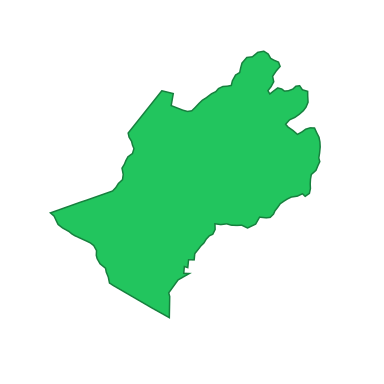 Gramado, Rio Grande do Sul, Brazil, rotated 72°
{"feature_id": "56859067B38630420748916", "entity_name": "Gramado", "entity_type": "district", "adm_level": 2, "iso_a3": "BRA", "parent_name": "Brazil", "parent_adm1": "Rio Grande do Sul", "projection": "albers", "projection_center": [-50.903, -29.392], "detail": "fine", "context": "isolated", "style": "filled", "palette": "green", "viewbox_px": 384, "rotation_deg": 72, "n_neighbors": 0, "source": "geoboundaries", "source_scale": "gbopen_adm2", "svg_char_len": 1931}
<svg xmlns="http://www.w3.org/2000/svg" viewBox="0 0 384 384"><g transform="rotate(72 192 192)"><path d="M188.8,56.2L184.0,54.9L179.2,54.3L174.2,55.1L169.0,55.7L167.5,59.8L167.4,64.5L168.8,68.7L169.8,73.9L164.5,77.1L159.9,80.6L156.5,82.0L153.5,76.9L152.8,71.0L151.2,65.9L149.1,61.0L146.6,57.4L142.5,53.9L136.5,52.3L132.0,50.9L128.9,55.4L124.2,56.8L123.5,60.5L125.3,64.3L125.5,69.1L124.6,72.9L121.8,74.8L119.5,78.3L121.1,83.0L122.8,87.7L119.1,88.5L116.3,84.3L112.4,80.2L106.9,79.6L102.9,74.5L99.8,69.4L95.2,69.6L91.9,73.4L89.2,75.9L84.3,76.9L80.3,80.2L79.5,86.3L82.1,92.8L81.0,98.3L84.8,104.6L89.1,107.4L93.1,109.7L94.2,114.4L98.7,119.2L102.8,121.7L102.3,125.7L101.2,130.0L101.8,134.8L103.9,138.3L104.6,143.1L106.8,149.3L107.9,153.8L109.9,157.9L112.8,163.2L114.7,167.1L114.0,171.4L111.3,175.5L103.4,185.1L92.6,179.4L86.4,189.4L116.2,234.5L120.4,234.9L125.2,233.8L129.0,234.1L132.8,233.8L137.0,236.7L138.7,242.0L141.7,245.2L144.7,247.7L147.7,251.2L154.1,252.0L158.8,254.3L161.1,259.3L164.2,263.0L166.5,267.2L167.2,295.1L167.2,301.0L168.1,333.1L172.3,330.6L177.1,330.0L181.5,329.4L186.2,326.2L191.7,321.1L194.6,319.3L197.3,317.0L206.4,307.1L209.0,304.4L212.6,302.0L218.2,300.9L222.7,302.6L226.1,302.8L231.9,301.6L237.8,297.8L241.7,298.3L247.0,297.9L253.1,298.6L256.9,295.5L290.4,265.5L304.5,252.4L284.5,245.5L280.7,245.3L271.3,232.4L268.7,219.8L266.8,225.0L260.5,222.3L262.6,219.4L255.4,216.2L257.2,210.9L251.5,208.4L248.6,204.0L246.0,200.2L244.2,196.5L241.2,193.0L239.0,189.0L238.6,185.3L234.8,181.6L229.3,180.0L231.9,174.7L233.0,168.8L235.7,164.9L237.7,159.5L238.9,155.0L243.4,150.3L242.2,141.4L236.8,135.5L239.5,129.4L240.3,125.5L238.2,121.3L235.6,119.0L233.1,115.3L230.4,111.7L229.0,107.0L228.1,103.4L227.5,99.1L228.5,93.1L227.8,87.5L231.1,85.7L229.6,80.8L225.3,78.3L220.9,77.1L216.3,75.3L212.2,73.1L209.7,67.4L205.8,64.1L202.6,61.1L198.8,60.9L194.3,58.6L188.8,56.2Z" fill="#22c55e" stroke="#15803d" stroke-width="1.5"/></g></svg>